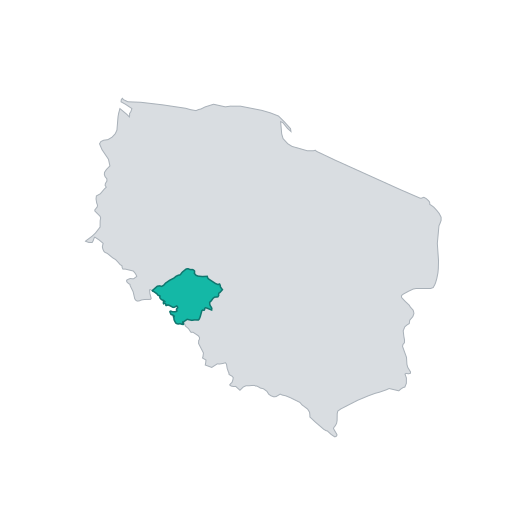 location of Opole within Poland, rotated 22°
{"feature_id": "POL-3167", "entity_name": "Opole", "entity_type": "Voivodeship", "adm_level": 1, "iso_a3": "POL", "parent_name": "Poland", "parent_adm1": "", "projection": "robinson", "projection_center": [17.773, 50.56], "detail": "fine", "context": "in_parent", "style": "filled", "palette": "teal", "viewbox_px": 512, "rotation_deg": 22, "n_neighbors": 0, "source": "natural_earth", "source_scale": "10m", "svg_char_len": 5756}
<svg xmlns="http://www.w3.org/2000/svg" viewBox="0 0 512 512"><g transform="rotate(22 256 256)"><path d="M423.1,275.0L425.2,278.3L426.1,280.8L425.4,282.9L425.7,284.9L433.5,293.6L436.5,299.9L438.4,302.4L442.7,305.6L443.1,306.9L441.5,308.1L439.1,308.6L438.4,309.7L441.1,312.7L443.1,317.7L443.1,321.8L441.7,322.8L440.0,325.3L438.9,327.5L429.1,329.0L426.8,331.4L421.5,336.0L417.9,338.7L412.6,343.5L404.2,351.8L392.0,365.9L389.9,369.2L390.4,371.9L392.8,378.1L393.4,381.0L393.1,383.6L392.4,385.9L392.5,387.0L398.0,391.3L398.2,392.2L397.8,393.4L396.7,394.2L392.5,393.3L387.8,391.5L386.3,391.7L383.7,391.3L373.3,387.8L366.3,385.1L365.6,383.4L364.2,380.8L361.2,378.6L354.4,376.8L351.6,375.3L340.6,374.5L335.8,374.5L332.4,375.1L330.2,375.0L327.3,378.8L325.3,379.9L322.3,380.0L319.6,379.4L316.9,377.4L312.6,376.3L309.5,376.8L307.2,376.4L305.2,376.3L304.5,376.7L303.0,376.6L300.7,377.6L298.2,378.9L295.4,380.0L293.3,382.2L291.4,386.5L286.0,384.5L284.2,385.4L281.7,385.9L279.9,385.4L280.3,383.9L281.1,382.2L281.0,379.8L280.5,377.3L278.8,376.4L276.3,376.1L275.0,375.6L274.9,374.7L273.6,373.6L271.3,370.9L269.2,367.4L267.7,366.4L265.6,368.0L262.5,369.9L260.5,370.5L256.7,375.9L249.8,376.1L249.3,373.6L248.6,371.2L244.6,370.6L244.5,369.1L243.6,365.6L235.5,358.6L234.5,355.7L234.8,354.6L234.2,352.8L232.5,351.6L226.1,350.3L224.4,351.1L223.0,350.3L220.6,348.6L216.6,347.3L216.2,346.6L214.7,345.4L213.9,345.3L213.4,346.0L212.2,347.0L208.1,348.3L206.4,347.7L204.9,346.6L203.2,344.2L200.7,342.1L198.7,341.4L197.5,340.3L197.3,339.5L201.8,337.8L202.8,336.0L202.2,332.8L201.5,332.4L199.7,333.5L196.0,334.4L192.5,334.9L190.7,334.9L180.7,329.0L174.2,327.2L170.4,326.7L170.0,327.3L171.7,330.6L174.7,334.6L174.5,335.7L168.9,338.1L166.5,339.5L164.5,341.4L162.7,342.3L161.2,342.1L159.6,341.1L155.5,335.2L150.4,330.6L149.8,329.5L148.1,329.3L145.8,328.3L145.1,326.9L146.3,325.4L147.8,324.0L150.7,323.2L151.5,322.4L152.0,321.3L153.1,319.7L152.8,319.2L150.8,317.5L147.9,315.9L139.7,317.1L137.5,318.0L136.2,316.8L135.3,315.2L133.3,314.9L130.4,313.4L127.1,311.9L123.9,311.4L117.1,309.3L114.5,309.2L113.0,308.5L111.4,306.9L110.1,305.1L109.5,301.5L104.5,299.9L99.5,298.9L99.2,299.4L99.3,303.0L99.0,304.9L95.7,306.1L92.4,306.2L92.6,305.6L96.6,299.1L98.5,295.0L100.6,287.6L98.3,281.7L97.7,278.9L96.6,277.6L89.8,274.7L89.3,273.7L90.4,269.9L90.0,268.2L88.4,266.5L86.3,263.0L85.5,260.1L88.3,256.7L90.3,250.7L91.4,248.3L89.6,247.0L89.2,245.1L89.7,242.4L88.8,240.3L86.4,239.0L84.9,237.3L84.2,235.2L84.9,231.8L86.8,227.2L83.0,221.6L73.4,215.1L68.9,210.6L69.3,208.0L71.4,205.7L75.1,203.6L78.0,199.8L79.7,195.4L79.9,191.4L75.9,178.5L75.2,175.2L74.6,170.3L83.0,173.0L86.5,174.5L86.1,172.8L85.4,171.3L85.9,169.1L85.7,165.8L78.1,164.2L73.1,163.6L72.5,161.3L73.1,159.8L74.4,160.7L79.4,161.0L91.7,156.6L112.9,150.8L135.4,145.4L140.7,144.8L145.9,143.7L147.9,141.7L149.9,140.3L153.0,136.8L159.8,131.2L171.7,129.2L176.2,126.6L185.5,122.9L206.8,118.8L215.7,117.9L224.4,117.8L232.1,121.0L240.3,125.0L241.8,127.5L237.4,125.9L230.9,122.3L228.5,122.2L234.1,133.2L237.1,137.0L243.3,140.0L248.4,140.9L264.2,139.2L269.8,136.9L271.4,135.7L272.9,136.3L293.6,137.5L365.6,140.4L386.3,140.9L387.5,140.6L389.6,138.7L392.2,139.0L395.3,140.1L396.7,141.0L397.3,141.9L397.8,143.1L399.4,143.3L402.5,144.1L406.7,146.1L410.0,148.0L413.1,150.7L414.3,153.7L414.4,157.2L414.3,159.4L419.4,176.4L427.0,192.0L429.8,199.5L431.0,203.5L432.1,209.3L432.5,213.4L432.5,215.7L432.1,218.9L430.1,220.7L416.7,226.1L414.2,227.7L410.3,231.9L406.8,236.2L406.0,237.6L405.8,238.6L406.6,240.0L411.6,242.3L416.5,244.2L418.2,245.5L421.9,247.3L423.2,248.9L424.0,250.3L424.1,253.5L422.6,257.9L423.4,261.2L421.8,263.4L420.5,265.9L420.5,270.2L423.1,275.0Z" fill="#d9dde1" stroke="#a8b0b8" stroke-width="1"/><path d="M173.4,327.3L172.9,327.0L173.0,326.5L175.8,321.0L177.8,319.8L180.0,319.5L181.4,317.6L182.3,315.0L185.0,310.9L188.2,307.2L189.5,304.7L191.3,302.8L192.5,302.2L193.1,300.8L193.4,299.5L193.8,298.4L196.0,294.4L197.0,293.6L198.2,293.2L199.5,293.3L200.8,293.0L202.0,292.4L203.3,292.4L204.6,292.9L205.1,293.9L205.3,295.1L207.3,296.3L209.7,296.4L214.1,295.1L218.4,293.1L219.3,294.3L220.4,295.0L228.8,296.7L231.5,296.7L232.0,296.3L232.3,295.8L232.7,295.6L233.8,296.6L234.6,298.0L237.5,299.8L236.2,303.4L235.7,303.9L235.5,304.6L235.7,305.7L236.2,306.6L235.9,308.2L233.0,309.7L232.0,311.4L231.3,314.4L230.4,316.3L231.2,318.1L232.2,319.2L233.4,320.0L234.6,321.0L235.1,322.7L229.6,322.7L228.5,322.9L228.0,324.0L228.4,324.8L228.3,325.6L227.5,326.0L226.7,326.1L226.3,327.1L227.0,333.1L227.0,335.6L226.6,336.9L222.9,338.3L220.6,339.7L215.9,340.5L213.6,344.0L213.6,344.8L212.9,344.7L213.1,345.8L213.3,345.8L213.6,345.8L213.9,345.8L214.2,346.1L214.3,346.6L214.1,346.8L212.8,347.1L211.3,347.1L210.6,347.3L209.5,348.1L208.1,348.4L206.7,348.2L204.3,346.2L203.9,345.7L203.6,345.2L203.3,344.6L203.1,344.1L202.7,343.6L202.3,343.4L202.2,343.1L202.3,342.8L202.7,342.6L202.7,342.4L202.1,342.3L201.1,341.9L200.6,341.8L200.2,341.9L199.9,342.0L199.5,342.1L198.9,341.9L197.1,340.0L197.0,339.7L197.3,339.2L197.7,339.0L199.5,339.0L200.5,338.6L202.1,337.9L202.9,337.3L203.3,336.6L202.7,335.7L202.3,335.4L202.2,334.9L202.3,334.5L202.7,333.6L202.8,333.5L202.8,333.3L202.8,333.2L202.7,333.1L202.0,332.3L201.8,332.2L201.1,332.0L200.9,332.1L200.8,332.4L200.6,332.8L199.4,334.1L198.8,334.5L197.9,334.7L194.5,334.2L192.7,334.3L191.6,335.4L191.4,335.5L191.2,335.6L190.8,335.4L190.5,334.5L189.6,334.0L188.8,334.1L188.4,334.9L187.9,334.6L187.6,334.1L187.6,333.5L187.6,332.9L187.4,332.8L187.3,332.7L187.1,332.5L187.0,332.3L187.7,332.1L186.9,331.8L185.2,331.9L184.3,331.7L182.9,331.0L182.6,330.7L182.3,330.3L182.1,329.6L182.0,329.1L181.6,328.9L180.5,329.1L179.9,329.1L179.5,328.9L178.6,328.3L178.2,328.1L174.3,327.2L173.4,327.3Z" fill="#14b8a6" stroke="#0f766e" stroke-width="1.5"/></g></svg>